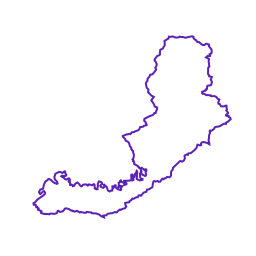 outline of Tsoelikana, Qacha's Nek, Lesotho, rotated 353°
{"feature_id": "5366337B78317491468351", "entity_name": "Tsoelikana", "entity_type": "district", "adm_level": 2, "iso_a3": "LSO", "parent_name": "Lesotho", "parent_adm1": "Qacha's Nek", "projection": "robinson", "projection_center": [28.859, -29.907], "detail": "fine", "context": "isolated", "style": "outline", "palette": "violet", "viewbox_px": 256, "rotation_deg": 353, "n_neighbors": 0, "source": "geoboundaries", "source_scale": "gbopen_adm2", "svg_char_len": 5934}
<svg xmlns="http://www.w3.org/2000/svg" viewBox="0 0 256 256"><g transform="rotate(353 128 128)"><path d="M25.0,191.1L25.1,192.7L27.0,193.0L27.3,195.3L28.3,195.2L28.3,196.1L29.5,196.8L29.5,197.2L28.7,197.8L28.8,198.3L31.3,199.5L31.3,200.3L31.7,200.4L31.4,200.7L31.4,201.8L34.5,203.2L35.0,203.0L36.5,203.6L37.8,203.5L39.3,204.1L40.1,203.6L41.3,203.5L44.5,204.3L47.1,203.7L48.1,201.7L48.6,201.6L50.3,203.0L53.0,202.8L54.8,201.3L55.3,200.4L57.0,200.2L59.4,201.2L61.2,202.8L62.4,203.1L62.7,203.7L63.8,203.7L64.7,204.5L67.1,204.0L67.2,204.4L68.4,204.7L70.0,206.0L70.9,205.6L73.9,206.7L75.9,207.0L76.7,206.2L81.5,207.5L81.8,208.2L85.8,208.9L88.4,210.1L91.0,212.5L93.2,213.7L92.8,212.0L95.9,211.9L97.4,210.6L102.2,210.6L104.8,209.8L106.1,210.4L106.8,210.3L107.7,209.3L110.1,207.9L110.6,208.4L113.2,207.5L115.4,207.2L116.7,205.8L116.0,204.2L116.1,202.0L120.2,201.8L120.6,200.8L122.3,200.1L123.7,198.6L124.8,199.0L127.7,197.8L129.2,197.9L130.3,196.2L131.4,196.2L132.5,196.9L135.7,194.0L138.5,193.5L139.4,191.5L140.9,191.5L144.7,189.9L145.1,189.4L146.0,185.9L146.9,184.0L147.4,183.8L148.9,184.5L151.0,184.1L151.9,185.2L152.7,185.2L153.5,185.1L155.9,182.5L157.2,183.2L157.9,182.4L159.2,182.5L160.8,181.3L163.3,182.0L164.9,180.5L165.4,177.0L166.1,175.7L167.2,174.9L167.9,172.9L175.4,167.3L175.9,167.1L177.6,168.0L179.5,167.1L180.9,164.8L180.6,162.7L181.0,162.2L182.9,161.4L184.1,162.0L184.8,160.6L187.1,160.6L190.1,158.9L193.4,156.3L195.0,153.0L197.4,154.1L198.6,153.8L198.5,152.5L199.3,151.4L201.3,151.1L204.8,152.5L206.8,154.1L206.9,152.6L206.4,149.7L207.1,148.5L207.6,145.0L208.9,142.7L208.6,141.2L209.1,140.5L210.6,140.9L213.5,139.2L214.1,138.0L215.4,137.6L219.0,137.5L223.8,135.4L224.4,135.4L225.6,136.0L226.3,134.4L227.7,134.1L231.0,131.7L230.8,130.3L229.2,129.2L229.3,128.4L227.8,128.2L226.8,127.5L227.0,126.8L228.9,125.8L229.1,125.0L227.7,122.6L228.5,121.5L228.2,120.0L228.5,117.9L227.8,117.6L225.7,118.3L222.9,117.7L222.0,115.4L220.7,114.9L220.7,113.7L222.1,110.9L220.4,109.8L219.9,108.6L218.9,107.5L217.6,106.9L214.8,106.6L214.1,106.3L214.0,105.6L212.7,105.5L211.6,105.0L209.8,105.0L208.1,103.6L206.3,103.1L205.8,102.5L206.0,101.0L209.1,100.5L209.6,99.4L210.3,99.6L210.6,98.9L211.2,98.8L211.7,96.1L212.3,95.7L215.1,95.7L215.9,95.2L216.9,92.4L216.0,89.8L216.9,88.8L217.4,87.5L214.8,86.6L214.9,85.5L214.1,84.6L214.1,83.8L214.8,78.6L215.2,77.6L216.2,77.0L216.2,71.5L216.8,69.4L214.0,67.4L216.0,66.1L217.0,66.6L218.4,66.4L218.4,65.5L218.0,64.7L220.0,63.9L220.5,61.7L220.3,59.9L218.2,56.6L218.6,55.1L216.2,53.9L215.6,53.9L214.0,55.0L212.4,54.7L211.1,53.8L209.0,51.4L207.3,51.0L206.3,49.3L204.6,47.9L203.9,46.3L204.2,45.7L203.4,45.0L202.2,44.8L195.7,45.4L193.5,44.3L192.3,44.3L190.3,43.6L189.7,44.1L187.1,44.2L185.2,43.6L183.7,42.6L180.8,42.7L179.8,42.3L178.9,44.2L174.8,46.0L174.7,49.5L174.3,50.8L173.0,52.1L172.4,53.3L169.6,54.3L168.7,57.3L168.9,58.4L168.7,59.0L167.4,59.8L166.0,59.9L163.0,62.8L162.6,64.2L163.6,65.7L164.3,68.2L163.8,69.8L162.4,71.6L163.1,73.5L159.3,77.3L158.1,77.8L156.4,77.9L155.6,79.5L153.5,81.5L152.9,83.9L152.2,84.3L151.1,86.0L151.5,90.5L152.8,92.0L153.1,92.8L152.5,93.9L152.3,94.9L155.1,98.6L157.4,100.3L154.5,103.4L156.8,107.8L157.1,110.0L159.4,111.2L159.2,112.5L157.3,116.2L157.2,116.5L155.9,116.4L155.3,117.4L153.7,118.3L151.1,118.8L145.4,120.9L144.9,122.8L146.3,124.4L146.2,125.3L146.9,126.6L147.0,127.2L146.6,127.5L143.9,127.8L143.0,128.6L140.1,128.6L139.0,130.7L137.9,131.5L134.9,132.1L133.5,132.8L131.3,132.7L129.6,134.4L129.0,134.0L126.7,134.3L126.1,134.1L121.8,135.3L121.9,136.0L123.9,138.8L124.1,140.2L126.6,141.9L127.4,144.0L127.6,146.2L128.9,148.1L128.6,149.2L129.2,150.0L129.2,150.5L130.2,151.5L130.1,153.1L130.6,154.9L130.4,156.6L129.5,159.0L128.7,159.7L129.5,160.7L129.3,161.0L128.9,160.9L128.9,161.5L129.4,161.6L129.6,162.4L130.0,162.6L129.7,164.4L133.3,167.1L133.5,168.1L134.2,168.4L134.3,169.1L135.7,170.3L136.2,170.1L136.4,169.2L136.8,169.1L139.2,171.8L139.5,171.9L140.1,171.1L141.1,171.4L141.0,172.9L140.0,173.9L140.4,176.5L139.5,177.7L138.4,177.4L137.5,176.4L136.5,176.1L135.6,174.1L135.7,173.4L136.1,172.9L135.9,172.1L135.6,172.1L135.2,173.9L134.2,175.0L134.1,178.5L134.8,180.1L136.2,180.3L136.1,181.2L133.4,181.5L130.5,179.7L130.4,179.0L130.9,177.8L131.2,174.8L131.8,173.5L131.8,172.1L131.4,171.6L130.5,173.5L129.5,174.2L128.7,177.0L128.2,177.5L127.0,177.5L127.0,175.2L126.7,174.7L125.8,174.7L125.4,175.1L125.2,178.4L126.7,178.4L127.2,179.4L127.1,180.3L126.3,180.6L124.7,180.3L120.5,180.3L117.6,179.9L117.5,181.2L118.9,181.1L119.8,183.3L119.4,183.7L117.3,184.1L117.3,182.6L117.0,181.7L115.1,180.8L114.5,179.1L113.8,179.4L113.2,180.9L112.1,181.1L112.0,183.3L111.1,185.6L111.6,185.7L113.2,184.4L115.3,185.0L113.7,186.6L113.7,188.3L113.3,188.8L110.8,187.7L109.0,186.2L108.3,184.6L108.7,184.3L108.8,183.5L108.2,183.2L106.4,185.4L105.9,184.0L105.4,184.0L105.2,184.7L105.5,185.9L104.9,186.9L104.8,188.1L103.1,188.2L102.1,188.8L100.6,187.7L100.2,186.9L99.8,184.1L97.5,181.3L97.1,181.5L97.5,183.4L96.3,184.4L94.2,183.3L93.5,182.5L93.4,182.0L94.3,181.0L95.3,180.7L95.6,179.6L95.0,178.6L92.8,177.4L92.3,177.8L91.1,180.0L91.2,181.8L90.2,183.9L90.3,185.0L89.6,185.1L88.7,184.8L87.6,183.9L87.9,183.3L87.7,182.2L87.9,180.4L87.3,179.5L85.4,180.5L82.4,179.2L81.6,179.4L81.5,180.0L81.1,180.3L79.4,178.8L76.4,178.8L75.3,180.1L74.5,180.3L73.4,179.2L72.9,177.9L71.1,175.9L69.2,176.7L67.2,179.0L66.1,179.0L66.0,177.9L64.4,177.0L63.5,178.3L63.9,174.7L62.8,174.4L62.6,174.0L63.0,173.1L64.1,172.5L63.6,171.0L62.6,170.7L60.9,171.8L59.4,171.2L57.9,169.3L55.9,167.9L56.5,167.3L59.4,168.1L60.8,167.6L61.1,166.9L60.3,165.7L60.3,163.6L59.6,163.3L57.5,164.7L55.5,163.4L53.9,163.3L50.3,164.6L49.0,167.6L49.0,169.8L51.2,172.8L51.3,174.5L50.5,174.8L47.4,172.9L44.9,169.9L43.5,169.0L42.9,169.0L41.3,170.2L39.6,170.9L37.5,174.2L36.4,177.9L33.4,178.5L31.9,180.6L32.4,182.5L33.2,182.8L35.9,180.6L36.9,180.4L37.8,181.9L37.7,183.0L35.4,184.8L29.3,188.0L26.8,190.4L25.0,191.1Z" fill="none" stroke="#5b21b6" stroke-width="2"/></g></svg>